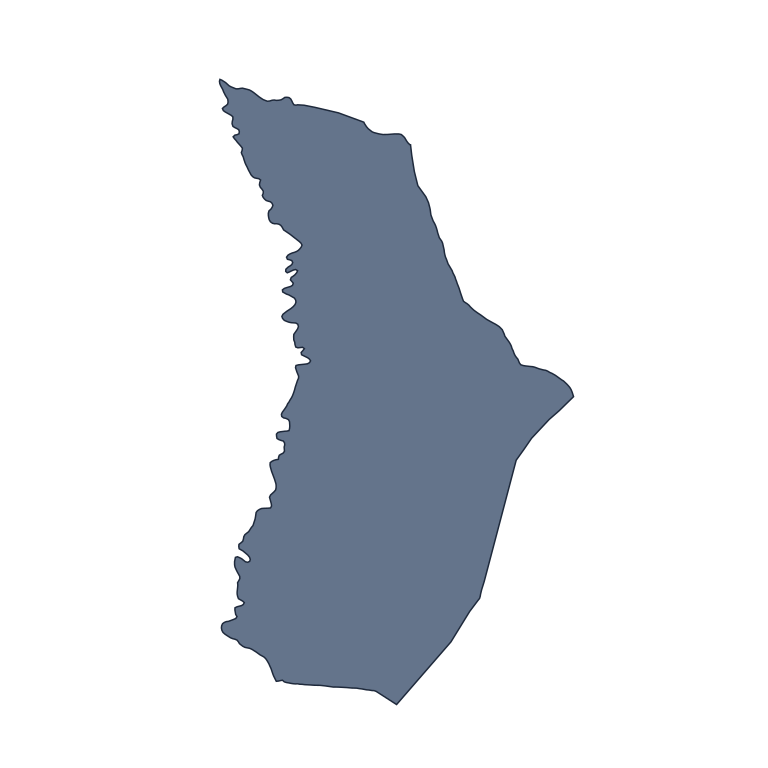 outline of Ash Shu'ayb, Al Dali', Yemen, rotated 264°
{"feature_id": "15242507B23193372099194", "entity_name": "Ash Shu'ayb", "entity_type": "district", "adm_level": 2, "iso_a3": "YEM", "parent_name": "Yemen", "parent_adm1": "Al Dali'", "projection": "mercator", "projection_center": [44.973, 13.834], "detail": "fine", "context": "isolated", "style": "filled", "palette": "slate", "viewbox_px": 768, "rotation_deg": 264, "n_neighbors": 0, "source": "geoboundaries", "source_scale": "gbopen_adm2", "svg_char_len": 6140}
<svg xmlns="http://www.w3.org/2000/svg" viewBox="0 0 768 768"><g transform="rotate(264 384 384)"><path d="M658.4,367.1L666.4,344.1L669.6,333.7L670.7,327.2L670.5,325.6L671.1,323.6L673.1,322.6L675.2,321.9L677.3,321.0L678.8,319.4L679.3,317.4L679.4,315.3L678.3,313.4L677.4,311.4L677.2,309.2L677.3,306.6L677.9,304.5L677.9,302.3L677.4,299.9L677.4,297.6L678.5,295.4L679.6,293.4L682.6,289.8L684.1,288.3L687.6,284.7L689.2,282.8L690.5,280.9L691.4,278.6L693.0,274.2L693.0,272.0L692.8,269.9L693.0,267.7L695.5,263.0L696.8,261.1L700.3,258.0L703.1,254.5L704.1,252.7L702.3,252.0L699.9,252.1L697.8,252.7L693.7,254.4L691.4,255.0L687.7,256.4L683.6,258.4L680.7,258.4L678.6,257.7L677.3,255.9L676.3,253.9L674.9,252.1L672.7,252.8L671.3,254.3L667.1,260.2L665.5,261.6L663.1,261.4L661.1,260.6L658.7,260.1L656.0,260.7L654.7,262.3L653.4,264.4L652.1,266.1L650.0,266.5L648.0,265.9L647.3,263.9L647.1,261.7L645.6,259.8L643.6,260.9L641.7,262.3L639.8,263.4L635.8,266.3L633.4,267.8L631.3,267.4L629.1,266.3L627.0,266.8L624.7,267.7L621.9,268.2L618.7,268.9L616.7,269.5L614.2,270.5L610.9,271.6L605.8,273.7L603.9,275.1L602.6,276.7L601.9,278.7L601.3,280.9L599.8,282.6L597.3,281.5L595.0,280.9L592.5,281.6L590.5,283.0L588.4,284.1L586.2,283.8L584.3,282.7L582.3,283.3L580.4,284.5L578.8,286.0L577.9,288.0L577.1,290.1L575.5,291.5L573.4,292.2L571.5,291.3L569.7,289.8L568.2,287.7L565.9,286.8L563.7,286.6L561.5,286.7L559.4,287.0L557.2,288.0L555.5,289.9L554.8,291.9L554.6,294.1L553.9,296.2L552.6,297.9L550.6,299.1L547.7,300.3L543.1,305.8L534.5,314.7L532.7,316.2L530.7,317.0L528.7,315.9L527.2,314.4L525.8,312.7L524.9,310.8L524.3,308.7L523.9,306.4L523.2,304.1L522.2,302.0L520.3,300.3L518.1,301.0L517.4,303.1L516.4,305.2L514.3,305.9L512.4,304.8L511.3,303.0L510.3,300.9L508.4,298.4L506.2,298.0L504.7,299.4L505.3,301.6L506.1,303.7L506.8,305.8L507.1,308.1L505.7,309.9L503.8,308.8L501.9,306.8L500.7,304.9L499.7,302.9L497.4,301.8L495.7,303.0L493.7,304.3L491.7,303.3L490.8,301.4L490.0,297.1L489.5,294.9L488.2,292.8L486.1,292.9L483.6,296.4L482.7,298.4L481.4,300.3L478.8,303.9L476.7,304.9L474.6,305.0L472.4,303.9L470.5,301.9L468.8,299.4L466.5,294.9L463.9,290.8L461.9,289.5L459.8,290.0L457.7,291.5L456.4,293.8L455.4,295.9L454.7,298.0L453.9,302.6L452.5,304.5L450.0,304.9L447.8,303.8L446.0,302.3L442.8,299.5L440.5,299.1L437.3,298.9L434.8,299.6L432.7,299.6L430.0,300.1L429.0,302.1L429.0,306.9L427.5,308.5L425.5,306.6L424.0,304.9L421.7,305.1L418.1,310.8L416.6,312.4L414.7,313.4L413.0,312.1L412.1,310.0L412.0,307.8L412.0,300.9L411.6,298.4L409.5,297.7L405.2,298.6L400.8,299.9L398.7,299.6L396.5,298.3L390.1,295.4L387.9,294.6L385.8,293.7L383.5,292.6L381.6,291.6L379.8,290.4L377.8,288.8L376.0,287.6L374.4,286.1L372.4,285.0L369.6,282.7L366.5,279.9L364.6,278.8L362.4,278.9L360.8,280.6L360.0,283.0L358.5,285.3L356.4,286.1L352.0,285.9L349.8,285.5L347.6,284.7L347.3,282.4L347.4,280.3L347.3,275.7L346.9,273.4L345.4,271.8L343.3,271.7L341.0,271.9L339.7,273.6L338.6,275.8L337.8,277.9L335.9,278.9L333.8,278.9L331.7,278.1L327.5,278.0L325.7,276.3L325.0,274.3L324.1,272.4L322.2,271.5L320.1,271.1L320.0,268.8L319.6,266.6L318.9,264.6L317.7,262.6L315.5,262.2L313.4,262.3L308.8,263.1L301.1,265.1L296.1,266.1L294.0,266.1L291.9,265.8L289.9,265.1L288.3,263.4L285.5,259.6L283.4,258.3L276.7,259.4L274.4,259.4L272.6,258.2L272.6,256.1L272.9,251.7L273.0,249.3L272.3,247.0L271.2,244.9L269.6,243.4L265.3,242.3L263.2,241.7L256.9,238.9L255.2,237.1L251.3,234.0L250.0,231.9L248.7,229.9L246.8,228.6L244.6,228.0L242.4,227.1L241.1,225.3L239.7,223.0L237.6,222.6L235.3,222.7L232.7,226.3L228.2,230.6L225.9,232.1L223.6,232.7L221.7,231.9L220.9,229.8L221.7,227.6L225.1,224.2L226.4,222.2L227.5,220.2L227.1,218.1L222.9,216.8L219.7,216.5L217.4,216.7L214.4,217.7L212.3,218.5L207.8,220.4L205.6,220.3L203.8,219.2L201.7,217.6L199.4,217.6L197.2,217.2L192.5,216.2L190.4,216.0L188.2,216.2L185.7,216.8L182.8,220.8L181.2,222.2L179.4,221.0L178.5,219.1L177.8,214.5L177.0,212.4L174.8,212.1L170.3,212.4L168.1,213.5L166.3,212.1L165.5,209.5L164.2,204.5L164.2,202.4L163.6,200.3L162.5,198.4L160.6,197.3L158.4,196.8L156.1,197.0L153.8,197.9L151.9,199.6L150.3,201.5L147.6,204.9L146.5,207.0L145.8,209.0L144.7,211.0L142.9,212.2L140.9,213.1L139.4,214.6L137.9,216.2L136.6,218.2L135.2,222.7L134.0,224.8L130.7,229.0L127.7,232.3L125.2,235.9L123.4,237.5L121.3,238.7L117.7,240.3L115.7,240.9L112.8,241.9L107.4,243.1L105.2,243.7L102.5,244.7L99.6,245.8L99.6,248.0L99.9,250.3L100.0,252.1L98.2,253.7L97.3,255.8L96.7,258.0L96.0,260.1L95.4,262.4L95.0,264.5L94.9,266.6L94.2,268.9L93.9,271.2L93.3,273.6L92.6,278.1L91.7,283.2L91.0,288.9L89.9,294.0L87.9,301.9L87.7,304.1L87.3,307.1L86.0,315.2L85.0,320.3L84.4,324.9L83.6,327.7L83.0,330.3L81.7,334.6L81.2,337.2L80.4,340.0L80.1,342.1L79.1,344.1L63.9,363.0L120.5,423.6L148.8,445.4L159.0,454.9L160.7,456.6L162.8,457.5L165.0,458.1L169.2,459.6L177.1,463.0L294.4,507.5L304.3,516.3L314.6,525.1L331.5,544.6L339.1,555.4L351.6,571.2L356.1,570.3L358.8,569.5L361.0,568.5L362.8,567.3L364.7,565.9L368.2,562.9L369.5,561.2L374.6,555.5L377.0,552.2L378.1,550.2L379.7,548.1L380.7,546.3L381.3,544.1L382.9,539.8L385.0,535.6L385.7,533.6L386.1,531.5L387.2,526.5L387.8,524.4L388.8,522.1L390.7,520.9L394.8,519.7L396.7,518.4L398.7,517.3L401.0,516.5L403.3,516.0L406.0,515.0L408.3,514.6L410.3,513.9L412.5,512.9L418.9,509.2L421.0,508.8L425.6,507.3L427.3,506.0L429.0,504.6L430.5,502.8L431.9,501.0L433.3,498.9L437.5,492.9L442.2,487.8L443.7,486.0L445.1,484.3L448.0,481.1L449.7,479.6L451.6,478.0L453.5,476.7L455.3,474.9L456.6,473.2L458.0,471.7L460.6,471.0L466.3,469.7L471.3,468.7L473.9,468.0L475.9,467.4L478.7,466.8L480.8,466.2L483.0,465.8L485.2,465.0L487.2,464.2L489.6,463.6L494.2,461.5L496.7,460.3L501.3,459.2L503.9,458.4L506.4,458.0L508.7,457.8L511.1,457.8L517.9,457.0L519.9,456.4L523.7,454.3L528.8,453.2L531.2,452.9L533.9,452.4L536.3,451.8L538.3,451.1L541.1,449.9L546.9,448.4L547.7,448.3L552.3,448.2L554.4,448.0L559.7,447.2L565.8,445.2L577.7,438.4L592.1,436.4L608.6,435.5L619.1,435.4L619.1,435.0L620.8,433.4L622.9,432.1L627.0,430.2L628.8,428.7L630.3,427.3L631.1,425.0L631.6,420.5L631.8,413.7L632.2,409.1L632.8,406.8L633.4,404.8L635.0,400.5L636.0,398.6L639.5,395.0L641.7,393.5L644.8,391.9L646.5,391.3L658.4,367.1Z" fill="#64748b" stroke="#1e293b" stroke-width="1.5"/></g></svg>